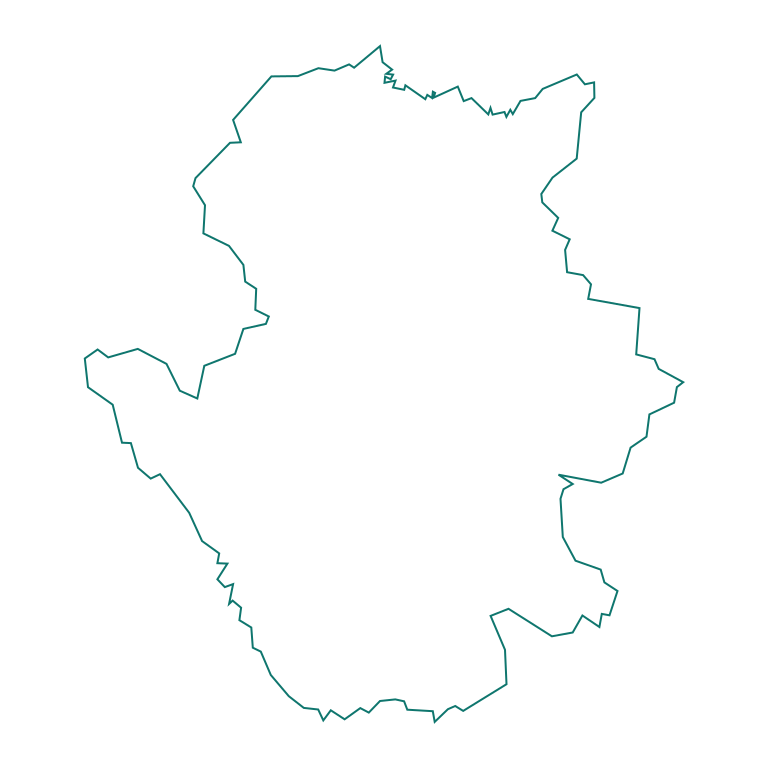 La Convencion, Cusco, Peru
{"feature_id": "86281439B48996208982152", "entity_name": "La Convencion", "entity_type": "district", "adm_level": 2, "iso_a3": "PER", "parent_name": "Peru", "parent_adm1": "Cusco", "projection": "mercator", "projection_center": [-72.836, -12.335], "detail": "medium", "context": "isolated", "style": "outline", "palette": "teal", "viewbox_px": 768, "rotation_deg": 0, "n_neighbors": 0, "source": "geoboundaries", "source_scale": "gbopen_adm2", "svg_char_len": 1892}
<svg xmlns="http://www.w3.org/2000/svg" viewBox="0 0 768 768"><path d="M434.7,721.9L447.9,709.2L455.2,706.0L463.2,710.9L506.5,684.2L505.0,649.8L490.6,615.9L508.5,608.8L551.9,636.3L572.7,632.5L582.4,615.5L599.4,627.0L601.8,613.9L609.5,615.3L617.5,591.0L604.4,582.4L600.7,569.6L575.5,560.7L562.8,537.0L560.5,498.8L563.5,489.2L572.7,484.0L558.5,474.7L601.2,482.7L622.7,473.5L630.6,447.6L646.5,436.7L649.4,414.4L674.1,402.7L676.9,387.1L683.2,382.2L658.7,368.9L654.5,359.2L636.2,354.4L639.5,308.1L588.2,298.9L591.0,284.3L583.1,275.1L567.1,272.2L565.1,249.9L569.7,239.3L552.4,230.7L558.2,217.9L542.3,202.4L541.3,194.0L552.5,177.6L576.7,158.6L581.2,112.3L594.4,97.9L594.1,82.4L584.9,84.3L576.8,74.5L542.7,88.9L535.2,98.1L520.5,100.9L512.8,114.1L510.3,109.8L506.4,116.9L504.5,112.0L492.6,114.6L490.5,107.9L488.3,114.4L471.5,98.1L463.7,101.1L457.8,86.6L433.5,97.7L435.1,92.9L432.9,91.7L432.1,98.0L427.3,94.9L425.3,99.2L405.4,85.3L404.2,89.8L393.0,87.5L395.5,80.6L384.5,82.8L385.1,76.6L390.7,79.2L393.1,74.6L386.3,73.8L392.1,69.6L382.6,62.2L380.0,46.1L354.1,67.7L349.1,64.4L334.5,70.6L318.4,68.2L297.9,76.1L271.4,76.4L233.1,119.9L240.8,142.3L230.0,142.8L195.5,178.1L193.2,186.3L205.0,205.2L203.4,233.4L229.0,245.9L243.4,264.9L245.2,281.6L256.2,288.8L255.3,309.8L268.8,316.5L265.9,323.9L243.4,328.9L235.1,353.8L204.3,365.8L197.3,398.5L179.8,390.7L166.5,363.9L137.8,348.9L108.2,357.4L97.6,349.5L84.8,358.5L88.0,387.2L112.7,404.7L122.0,442.7L130.9,443.1L138.0,467.8L150.7,478.6L160.0,474.2L189.2,512.8L202.1,541.1L219.2,553.4L217.4,563.2L227.4,563.6L217.4,579.3L224.8,587.1L233.1,584.1L229.1,603.9L232.6,600.6L241.1,607.7L239.4,620.2L251.3,627.5L252.8,647.7L260.8,651.6L270.8,675.0L288.8,696.2L303.8,707.9L318.2,709.5L323.3,720.4L330.8,710.3L344.6,719.3L360.3,708.1L368.8,712.6L380.0,701.0L395.3,699.4L404.1,701.3L407.3,709.7L432.8,711.2L434.7,721.9Z" fill="none" stroke="#0f766e" stroke-width="2"/></svg>